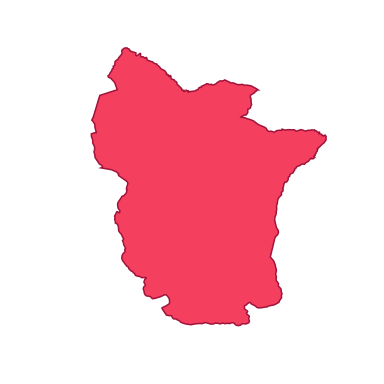 Anolaima, Cundinamarca, Colombia (Robinson projection), rotated 117°
{"feature_id": "7082276B71021669842786", "entity_name": "Anolaima", "entity_type": "district", "adm_level": 2, "iso_a3": "COL", "parent_name": "Colombia", "parent_adm1": "Cundinamarca", "projection": "robinson", "projection_center": [-74.474, 4.788], "detail": "fine", "context": "isolated", "style": "filled", "palette": "rose", "viewbox_px": 384, "rotation_deg": 117, "n_neighbors": 0, "source": "geoboundaries", "source_scale": "gbopen_adm2", "svg_char_len": 5916}
<svg xmlns="http://www.w3.org/2000/svg" viewBox="0 0 384 384"><g transform="rotate(117 192 192)"><path d="M96.7,318.8L98.4,318.6L99.7,317.4L101.0,317.2L106.4,318.4L107.5,318.1L108.7,319.1L110.7,319.8L114.0,318.4L115.8,319.3L117.2,318.3L118.5,318.9L121.1,318.6L122.7,319.0L125.4,319.0L126.7,319.6L127.6,318.8L127.6,315.9L129.4,310.8L134.8,305.0L147.8,318.0L169.9,314.0L170.4,313.6L171.1,314.0L173.5,313.9L174.3,311.7L175.9,309.3L176.6,308.8L177.9,308.3L182.6,304.2L183.5,305.7L185.8,308.1L188.0,307.0L190.5,304.3L193.7,302.4L195.3,300.1L196.6,298.9L199.2,297.8L200.7,297.6L203.1,295.4L205.3,294.0L209.1,287.2L209.2,284.9L210.1,283.1L210.8,283.1L211.8,284.0L208.7,273.9L208.4,268.8L209.1,265.5L209.9,265.6L210.7,264.8L212.0,255.5L212.3,254.3L213.5,253.0L218.5,252.1L219.1,251.8L219.2,250.9L220.5,250.9L221.0,250.5L222.6,250.1L226.1,251.0L227.8,252.5L229.6,252.5L233.8,253.1L236.2,253.0L238.6,251.6L240.1,250.3L241.5,247.6L242.8,247.2L243.3,247.2L243.6,247.7L243.3,249.3L243.6,250.0L248.7,250.0L249.6,249.0L251.5,248.5L253.4,246.6L254.4,246.3L254.5,244.1L254.8,243.6L256.4,241.8L259.9,239.7L261.1,237.6L261.5,236.2L264.3,232.5L264.7,231.6L265.5,231.5L266.8,231.9L268.2,230.2L270.0,228.9L272.1,225.8L272.9,225.6L273.6,226.0L275.4,224.5L278.1,225.4L280.5,225.4L282.9,224.5L284.7,222.6L287.6,216.7L287.9,214.4L289.0,213.5L289.9,211.0L290.0,210.2L289.7,208.9L290.7,207.6L290.6,206.3L292.0,204.5L291.6,201.6L291.1,201.0L291.0,199.2L291.2,198.0L289.1,194.2L289.5,193.7L291.4,194.4L294.0,194.0L295.2,192.6L295.8,191.5L296.6,191.1L298.4,191.9L299.9,191.7L301.2,190.8L302.3,189.5L303.4,188.9L304.8,187.3L305.2,186.2L305.1,184.6L304.5,183.5L304.2,181.8L304.3,180.8L305.0,179.1L304.9,178.4L303.2,176.3L299.8,172.7L295.9,169.6L295.4,168.1L295.8,166.9L296.9,164.5L297.9,163.5L300.0,162.1L301.5,161.6L302.2,161.7L304.9,163.2L308.4,165.9L309.1,166.1L310.1,164.7L313.3,158.9L312.4,155.8L311.8,154.9L311.6,154.0L312.9,152.4L313.4,150.9L312.2,147.9L312.6,147.3L312.5,144.6L313.2,142.7L312.8,139.7L312.4,137.6L310.7,132.6L308.0,129.2L305.7,125.5L304.7,123.2L302.6,121.1L302.1,120.2L301.1,115.0L299.4,112.5L297.9,111.5L297.9,110.7L297.1,109.1L297.0,107.8L296.2,106.4L295.4,105.7L294.7,104.6L294.4,102.9L292.4,100.0L292.4,99.0L290.7,97.5L290.0,96.3L289.7,95.1L290.5,93.2L290.6,91.8L289.8,89.6L288.8,88.5L287.2,87.8L286.5,87.2L284.9,83.8L282.8,82.1L281.8,82.1L281.0,82.2L279.3,83.9L277.0,84.4L276.4,84.9L276.0,87.2L275.4,88.4L273.3,88.1L272.6,89.4L272.6,90.7L272.2,92.2L270.9,92.8L270.3,93.4L269.5,93.6L268.2,92.5L265.8,91.6L264.1,90.4L264.0,89.9L264.8,88.3L264.7,84.8L265.3,81.7L265.0,80.0L263.6,77.6L261.0,74.2L260.5,73.1L258.9,72.1L255.1,67.4L251.7,65.0L250.2,64.4L249.3,64.7L245.6,64.2L243.5,65.4L241.8,65.6L240.2,67.3L238.4,68.4L237.8,69.0L236.7,72.1L236.0,72.7L234.4,73.3L233.5,74.8L232.8,76.5L231.2,77.7L229.3,78.2L227.8,79.7L226.9,80.3L224.3,80.9L222.6,81.7L221.6,82.9L219.2,84.7L216.3,88.0L214.4,92.6L214.0,92.8L196.1,97.1L194.1,97.3L191.0,96.3L188.8,96.6L187.1,97.7L185.3,100.7L179.5,105.6L176.6,106.7L174.1,106.9L172.5,107.4L170.8,108.2L169.3,108.5L165.7,110.5L163.8,110.7L159.5,112.2L157.3,112.0L153.8,111.0L151.7,112.2L150.4,111.5L149.6,111.5L148.3,112.0L147.9,112.6L147.0,112.6L146.5,113.0L145.7,112.9L143.9,113.6L141.5,113.7L141.0,113.7L140.2,112.3L139.6,112.1L137.5,111.9L135.1,112.9L133.8,112.1L132.7,112.5L131.1,112.3L128.9,110.6L127.1,110.8L126.2,110.4L124.7,110.9L123.2,110.1L122.3,110.3L120.2,108.8L119.8,108.0L118.8,107.7L116.7,106.3L116.5,104.7L115.7,104.1L114.4,104.0L111.7,102.2L108.4,101.5L107.8,101.2L108.1,100.4L107.4,99.2L106.7,98.7L105.6,99.4L105.2,98.7L105.0,99.2L104.2,99.5L103.5,98.9L102.1,99.4L101.5,99.0L100.3,99.4L98.9,99.0L97.1,99.5L96.6,100.0L96.2,99.9L96.1,99.4L95.2,99.6L94.4,99.0L90.7,97.8L88.3,96.7L86.6,96.4L84.5,96.2L82.7,97.4L81.9,97.5L81.0,98.8L80.9,99.3L82.3,100.1L82.1,101.3L82.6,101.8L82.1,102.3L81.8,103.1L82.4,105.4L81.4,105.2L80.8,105.6L81.5,106.7L81.7,107.8L81.2,108.4L81.2,110.0L81.7,110.5L81.1,111.1L81.7,112.0L82.3,113.7L83.2,114.3L83.9,116.0L84.6,116.6L84.9,117.4L85.9,118.1L86.4,119.3L86.5,121.2L87.1,123.6L88.8,124.8L89.4,125.8L90.3,126.3L90.5,127.4L90.1,128.6L90.2,129.4L91.5,131.6L91.8,132.7L92.7,134.4L94.6,137.3L95.1,140.3L96.3,140.0L96.9,141.5L98.8,144.4L100.8,145.5L101.5,146.2L101.8,149.1L102.8,150.3L103.1,151.3L102.8,153.1L101.7,154.6L101.5,155.3L101.3,156.5L101.8,163.4L100.7,169.7L101.1,173.6L101.7,176.3L101.8,178.4L103.1,182.4L102.5,182.2L99.8,180.4L98.8,178.7L96.6,178.4L95.5,178.5L92.9,179.9L91.7,178.6L90.3,178.1L89.0,178.6L87.0,178.6L85.8,179.7L83.9,180.7L83.8,181.1L81.9,181.8L81.1,183.0L79.7,183.7L79.1,183.7L74.9,181.2L73.9,181.5L72.5,180.3L71.6,180.5L71.0,179.4L70.7,181.8L70.6,187.7L70.9,188.7L71.9,191.7L73.1,194.0L73.3,196.1L74.6,198.1L75.7,200.4L76.0,204.6L77.1,206.5L77.1,209.0L77.3,209.3L77.0,210.4L77.4,211.4L77.1,212.7L77.3,213.0L77.4,213.9L78.4,214.4L79.8,216.2L80.1,217.2L80.6,217.8L82.2,218.6L82.9,219.2L84.7,219.7L85.6,220.6L86.9,221.4L87.3,222.3L87.2,223.7L88.3,225.0L88.3,226.5L88.8,228.1L90.3,228.9L93.6,231.6L94.6,231.3L95.0,232.3L95.7,233.0L98.1,233.3L99.2,234.4L100.6,235.2L103.4,239.3L103.9,240.5L104.5,240.3L104.6,240.9L103.6,241.1L103.5,241.4L104.0,242.4L103.9,243.4L105.7,244.2L106.1,244.7L106.0,245.3L105.2,245.5L105.6,246.0L105.4,246.9L105.6,247.4L104.5,248.3L102.7,254.2L102.3,254.7L101.5,255.0L101.0,255.8L100.9,257.5L100.2,258.6L100.6,261.6L100.3,262.3L98.6,263.2L98.2,263.8L98.1,264.3L98.4,264.6L99.3,264.5L99.6,264.9L99.4,265.5L98.3,266.6L98.3,267.2L98.8,267.7L98.9,268.1L97.6,268.8L96.6,270.6L96.3,271.7L96.3,276.0L95.3,277.5L94.6,280.6L94.0,281.3L94.5,284.4L93.9,286.3L94.4,288.1L94.3,289.5L94.9,290.9L94.6,291.8L93.1,293.2L92.9,293.7L93.0,294.1L94.1,294.6L93.7,296.9L94.6,298.6L94.2,299.5L92.2,300.5L92.0,301.0L92.1,301.3L95.1,302.6L95.8,303.5L95.5,304.4L93.7,304.9L93.5,305.2L94.3,310.0L94.1,311.8L93.2,312.7L93.4,314.5L93.1,315.5L94.6,317.7L96.6,318.4L96.7,318.8Z" fill="#f43f5e" stroke="#9f1239" stroke-width="1.5"/></g></svg>